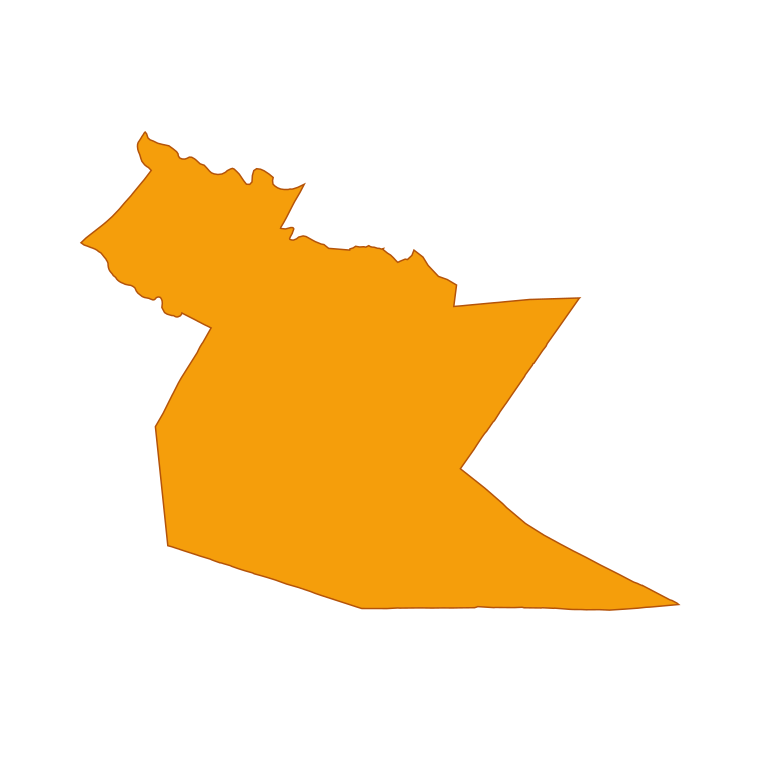 the district of Santa Lucía Ocotlán, Oaxaca, Mexico, rotated 6°
{"feature_id": "50627088B69652036607409", "entity_name": "Santa Lucía Ocotlán", "entity_type": "district", "adm_level": 2, "iso_a3": "MEX", "parent_name": "Mexico", "parent_adm1": "Oaxaca", "projection": "mercator", "projection_center": [-96.672, 16.727], "detail": "fine", "context": "isolated", "style": "filled", "palette": "amber", "viewbox_px": 768, "rotation_deg": 6, "n_neighbors": 0, "source": "geoboundaries", "source_scale": "gbopen_adm2", "svg_char_len": 4800}
<svg xmlns="http://www.w3.org/2000/svg" viewBox="0 0 768 768"><g transform="rotate(6 384 384)"><path d="M569.5,278.0L521.0,284.6L520.6,284.6L496.0,289.5L489.8,290.8L485.0,291.7L471.5,294.4L467.5,295.2L464.4,295.8L455.6,297.6L453.7,298.0L445.3,299.6L445.5,290.7L445.8,278.0L436.0,273.5L426.9,271.3L415.5,261.5L409.5,253.7L399.8,247.7L398.3,253.2L394.3,257.8L392.0,257.6L387.2,260.2L385.0,261.6L383.2,260.2L380.2,257.5L377.1,255.1L373.8,253.5L370.6,251.4L369.0,250.4L369.4,249.3L367.3,250.1L365.3,249.6L363.2,249.7L361.5,249.3L359.9,249.0L357.8,249.1L356.1,248.8L354.4,248.0L351.6,249.8L349.6,249.6L345.4,250.3L341.4,250.0L339.1,251.9L336.0,253.2L335.9,254.4L317.8,254.8L314.8,254.9L309.7,251.6L307.0,251.4L300.8,249.6L298.1,248.5L291.1,245.5L288.1,245.2L283.8,246.8L281.8,248.8L278.8,250.4L277.0,250.4L275.2,250.0L274.9,249.0L275.6,247.1L277.0,243.8L277.4,242.0L278.1,239.2L277.5,238.3L276.5,238.0L275.1,238.1L269.8,240.1L266.0,240.1L265.0,240.0L264.9,240.0L265.0,239.6L265.0,239.0L267.4,233.8L269.5,228.8L274.5,215.8L275.5,213.3L276.1,211.8L276.2,211.6L280.5,202.1L283.8,193.7L277.8,197.4L274.7,198.8L272.9,199.6L271.5,199.9L270.2,199.9L268.3,200.6L264.4,201.0L260.9,200.9L257.6,200.0L254.6,198.4L252.7,196.8L252.4,195.6L251.9,193.3L252.2,190.2L247.7,187.2L242.5,184.5L238.8,183.3L234.8,183.2L232.2,185.4L231.3,190.4L231.6,196.8L229.6,199.5L226.3,199.7L223.2,196.5L218.1,190.4L215.6,188.3L212.5,185.9L210.7,185.4L208.9,186.2L205.8,188.2L204.2,190.0L200.9,192.1L196.9,193.0L193.1,192.8L190.3,192.0L188.2,190.5L185.3,187.8L182.3,185.2L180.4,184.8L178.0,184.2L173.8,181.0L172.1,179.9L169.1,178.6L166.7,178.7L164.6,180.1L162.5,181.1L159.6,181.3L157.1,180.5L155.6,178.6L155.1,176.6L153.4,174.6L152.0,173.7L149.4,172.0L147.1,170.7L145.2,169.6L139.7,169.0L139.3,169.0L133.8,168.2L129.2,166.5L125.8,165.6L123.5,163.9L121.7,159.9L120.1,158.4L119.3,159.4L118.5,161.2L117.5,163.0L116.5,165.2L115.4,167.4L114.3,169.4L113.9,171.4L113.9,171.8L114.0,173.6L114.6,176.3L115.6,178.7L116.7,180.6L117.5,182.3L118.7,185.3L120.0,187.9L123.0,191.0L125.3,192.5L127.1,193.3L130.2,195.9L124.2,205.8L121.7,209.5L113.9,221.3L113.0,222.8L107.0,231.1L102.3,238.0L96.2,245.9L90.9,251.8L87.0,255.8L76.5,265.9L72.3,270.0L67.9,275.2L71.2,277.1L73.8,277.7L74.7,277.9L78.2,278.9L79.7,279.2L82.7,280.1L84.7,281.0L86.3,282.1L88.6,283.1L90.1,284.5L92.7,287.2L94.3,288.7L95.2,290.1L96.0,291.0L96.9,292.8L97.2,294.8L97.7,296.8L98.3,298.3L99.3,300.0L100.5,301.3L102.2,302.9L103.5,304.5L105.2,305.5L105.7,305.9L106.1,306.2L107.1,307.5L108.5,308.7L110.1,309.7L112.1,310.6L113.9,311.1L116.2,311.9L118.0,312.1L119.8,312.3L121.4,312.3L122.7,312.6L124.4,313.3L125.7,314.1L126.5,314.8L127.0,315.8L128.0,317.5L129.8,319.4L132.0,320.8L134.4,322.3L136.8,323.0L139.4,323.2L141.3,323.4L142.5,323.8L144.0,324.2L145.4,324.5L146.5,324.3L147.6,323.4L148.4,322.1L149.4,321.4L150.6,321.0L152.3,321.2L153.5,322.3L154.6,324.4L155.1,327.0L155.1,329.3L155.1,331.1L156.0,332.5L158.3,335.9L161.0,337.2L165.8,338.1L167.6,338.0L169.4,338.8L170.6,339.0L172.0,338.8L174.4,337.4L175.4,335.6L175.6,334.5L176.5,334.9L191.0,340.5L192.6,341.2L194.3,341.8L198.5,343.5L201.2,344.5L201.6,344.6L206.2,346.3L199.4,361.9L198.8,362.8L198.0,364.5L197.1,366.4L196.0,369.3L195.0,372.2L181.8,399.0L179.4,404.5L175.1,415.8L174.8,416.4L167.4,436.2L161.1,450.3L185.9,567.4L189.8,568.0L203.0,570.9L216.3,573.7L218.4,574.2L228.9,576.2L229.4,576.3L231.2,576.9L234.6,577.8L239.6,579.0L240.6,578.9L243.4,579.5L250.2,580.7L251.4,581.2L258.1,582.8L260.5,583.3L265.4,584.3L268.3,584.8L273.0,585.6L274.7,586.3L282.0,587.5L288.6,588.7L296.6,590.3L307.9,593.1L319.2,595.1L332.4,598.0L337.4,599.4L344.5,601.0L373.8,607.2L379.8,608.5L385.4,609.6L410.6,607.0L421.1,605.3L423.3,605.2L444.1,602.8L455.2,601.8L466.1,600.5L475.5,599.6L481.9,598.8L497.5,597.0L499.8,596.0L500.4,595.6L516.7,594.9L518.0,594.6L536.7,592.8L544.7,591.6L546.6,591.9L563.8,590.3L564.8,590.0L576.6,589.3L576.9,589.1L591.7,588.7L595.4,588.5L601.6,587.9L603.5,587.7L608.6,587.4L621.8,585.9L631.8,585.3L648.2,582.5L658.8,580.6L659.9,580.4L667.8,578.7L670.9,578.2L672.2,578.0L676.3,577.2L700.1,572.5L698.3,571.3L693.1,569.2L690.9,568.8L662.0,557.3L661.9,557.5L658.9,556.6L657.1,555.9L653.0,554.9L637.7,548.8L629.0,545.5L618.4,541.5L602.8,535.2L591.7,531.0L589.8,530.3L578.7,525.8L576.4,524.9L559.1,517.7L541.9,509.3L539.0,507.8L518.8,494.1L514.8,490.8L495.1,477.0L468.8,460.3L480.4,439.5L482.6,435.1L486.8,427.0L488.4,424.2L489.2,422.8L489.9,421.8L491.0,420.3L492.2,418.0L493.0,416.6L493.7,415.4L494.3,414.1L495.1,412.8L495.8,411.4L496.6,410.1L497.6,409.0L501.9,400.4L502.0,400.0L506.3,392.3L507.6,390.1L511.9,382.1L523.0,361.7L523.5,360.2L529.1,350.5L529.5,349.8L530.1,348.1L531.0,347.7L538.2,334.3L538.7,333.5L541.2,329.5L542.1,326.8L550.9,311.2L569.1,278.5L569.5,278.0Z" fill="#f59e0b" stroke="#b45309" stroke-width="1.5"/></g></svg>